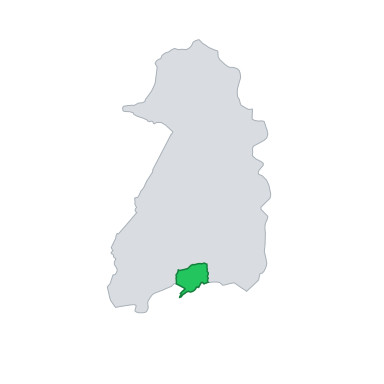 location of Yagha within Burkina Faso, rotated 118°
{"feature_id": "BFA-2877", "entity_name": "Yagha", "entity_type": "Province", "adm_level": 1, "iso_a3": "BFA", "parent_name": "Burkina Faso", "parent_adm1": "", "projection": "mercator", "projection_center": [0.646, 13.4], "detail": "fine", "context": "in_parent", "style": "filled", "palette": "green", "viewbox_px": 384, "rotation_deg": 118, "n_neighbors": 0, "source": "natural_earth", "source_scale": "10m", "svg_char_len": 4498}
<svg xmlns="http://www.w3.org/2000/svg" viewBox="0 0 384 384"><g transform="rotate(118 192 192)"><path d="M277.9,237.3L269.0,237.6L265.7,238.6L263.7,238.6L263.7,237.8L263.4,237.3L252.1,234.6L244.2,232.9L236.1,231.1L235.7,232.8L234.5,233.9L232.8,234.0L231.6,233.7L230.8,235.0L229.5,236.8L227.6,237.6L225.8,238.7L224.7,239.6L224.0,239.6L222.1,237.4L219.7,237.2L215.1,237.6L213.1,237.0L210.3,236.7L203.7,237.1L193.1,236.2L191.3,236.7L190.9,237.1L180.4,237.2L168.9,237.3L159.2,237.4L150.8,237.5L150.7,237.1L148.0,237.1L147.7,237.8L145.3,246.7L145.1,251.5L146.3,254.5L147.8,256.4L149.4,257.1L149.5,258.2L148.3,259.6L148.4,261.0L149.9,262.5L150.2,264.0L149.5,265.6L149.7,269.5L150.8,275.6L150.8,279.6L149.7,281.4L150.3,284.5L152.3,288.9L152.7,290.8L152.0,291.6L150.2,292.8L148.5,292.7L146.5,290.1L145.6,288.9L143.9,286.2L142.5,283.5L140.6,282.3L138.8,281.2L136.5,277.8L134.3,276.1L132.0,276.6L128.7,276.0L121.9,275.1L114.6,275.4L111.5,276.2L108.6,277.4L101.0,280.2L98.0,281.5L95.7,285.0L93.1,284.9L90.6,283.8L88.9,282.2L85.5,282.6L82.1,281.1L78.9,278.1L76.5,277.1L73.5,274.9L72.7,270.8L70.7,267.9L69.0,263.9L66.4,262.1L63.3,261.1L59.1,261.3L56.4,259.7L54.2,257.4L54.8,255.3L55.8,252.4L55.9,249.7L56.5,245.1L56.1,239.5L55.4,235.5L57.7,233.9L60.4,232.4L62.0,229.7L63.7,223.7L64.5,218.5L63.9,216.5L63.0,215.0L62.3,212.8L61.9,210.0L62.4,207.6L64.4,205.4L67.0,203.5L68.8,202.6L73.5,201.7L79.5,200.3L82.9,198.8L85.4,197.2L86.8,196.0L88.3,193.4L90.6,191.5L92.3,189.5L92.6,183.9L92.6,180.8L91.3,179.0L90.5,177.5L99.4,173.2L99.4,170.1L98.2,166.7L96.5,163.9L95.8,161.6L98.3,158.8L100.4,156.7L102.0,154.9L105.5,152.1L109.1,151.4L112.4,152.5L122.1,158.9L123.7,159.3L125.7,158.8L128.3,157.1L131.6,155.8L132.8,151.5L132.7,145.2L133.4,142.3L135.2,141.7L140.8,142.9L142.2,143.0L143.8,142.6L145.0,141.5L144.9,139.5L144.7,137.7L146.5,131.8L149.8,127.4L156.5,121.8L158.6,120.7L161.0,120.2L173.0,124.0L174.9,123.0L177.9,113.6L181.1,112.7L185.0,112.5L187.5,111.7L188.9,111.1L194.6,107.5L204.6,102.6L210.0,100.5L211.1,99.8L215.0,96.3L220.1,92.3L223.4,91.5L227.9,91.2L230.7,91.9L231.5,93.0L232.5,93.6L238.4,91.9L246.8,94.6L254.1,97.2L253.7,98.9L253.6,101.9L253.0,106.5L252.3,112.1L255.3,115.8L258.9,119.7L259.9,121.2L258.9,125.0L259.6,127.3L261.5,131.0L264.8,135.8L268.1,140.6L270.4,141.3L272.6,141.7L273.9,142.6L275.9,143.4L277.8,144.0L279.5,145.0L280.6,146.1L282.0,149.1L285.8,151.1L288.4,153.0L287.4,154.0L284.1,153.6L281.0,152.8L280.6,154.2L280.5,159.7L281.0,164.3L281.7,164.9L284.8,165.8L292.2,171.7L298.8,177.4L301.1,178.8L304.8,179.4L308.9,179.6L310.7,179.1L314.7,176.3L316.8,176.0L318.8,176.0L319.9,176.5L321.8,178.8L323.6,182.3L324.1,184.9L323.9,186.3L323.3,186.8L320.0,187.5L318.6,188.0L318.3,188.7L318.8,190.5L319.4,191.6L323.0,196.6L328.2,203.4L329.8,205.2L328.9,207.2L326.2,212.5L324.3,214.7L315.5,222.2L311.3,221.3L302.3,222.8L301.0,221.1L298.9,220.9L296.3,221.2L295.3,221.8L295.0,222.5L294.1,223.6L292.5,226.5L291.2,227.3L289.6,227.8L287.6,227.7L286.5,228.1L286.5,229.6L286.1,230.8L284.8,231.5L284.2,232.9L284.3,234.3L283.6,235.0L281.9,234.6L280.9,234.2L279.9,236.0L278.8,237.3L277.9,237.3Z" fill="#d9dde1" stroke="#a8b0b8" stroke-width="1"/><path d="M264.0,135.4L264.1,135.6L264.7,136.0L265.8,136.8L266.2,137.3L266.6,137.7L267.3,138.0L267.5,138.3L267.3,139.0L266.9,139.7L266.8,140.3L267.3,141.2L268.2,141.5L272.8,141.3L273.2,141.4L273.3,141.7L273.3,142.0L273.3,142.3L273.1,142.4L273.2,142.7L273.6,143.1L274.3,143.4L274.9,143.5L276.2,143.3L277.8,143.8L279.7,145.0L281.1,146.5L281.3,148.1L281.9,149.2L283.1,150.0L286.9,151.8L287.5,152.0L289.0,152.2L289.6,152.3L290.1,152.7L290.8,153.4L289.8,153.8L289.1,153.5L288.6,153.0L287.9,152.8L287.8,153.0L287.6,153.4L287.2,154.6L286.2,154.4L284.4,153.9L281.6,152.8L280.8,152.6L280.4,154.1L280.4,157.1L280.4,160.5L280.4,162.8L279.7,163.0L276.6,164.8L275.9,165.4L275.2,165.8L274.3,165.7L273.6,166.5L272.8,167.1L271.8,167.1L270.9,166.7L269.7,167.1L268.8,166.9L268.0,167.4L267.1,167.6L266.6,167.5L267.1,167.4L267.3,166.8L266.9,165.8L265.6,164.3L264.4,162.8L263.4,161.7L262.4,160.8L261.6,159.8L257.1,158.4L255.5,157.0L255.1,155.7L253.0,153.6L251.8,152.0L250.8,149.8L249.7,148.4L249.0,147.9L249.0,146.9L248.9,145.8L248.7,145.1L249.7,144.3L250.3,144.0L250.6,143.8L251.1,143.7L251.8,143.3L252.4,142.8L252.8,142.3L253.4,142.0L254.3,141.9L255.0,141.3L255.2,140.8L255.4,140.3L255.9,139.6L257.5,139.0L259.1,139.0L259.7,138.5L260.1,137.7L260.5,137.2L262.1,137.1L262.9,136.7L263.5,136.2L263.8,135.8L264.0,135.4L264.0,135.4Z" fill="#22c55e" stroke="#15803d" stroke-width="1.5"/></g></svg>